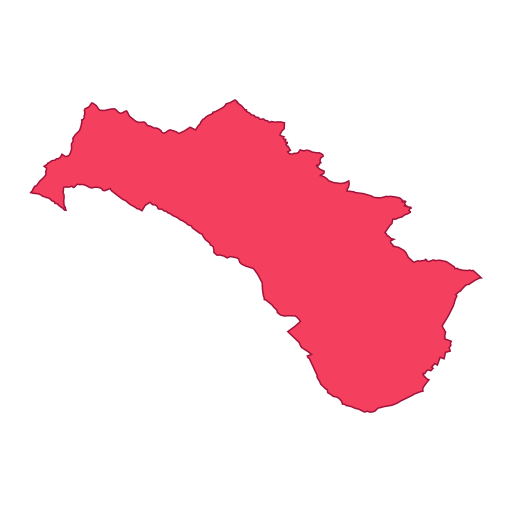 Stremt, Alba, Romania (Equal Earth projection)
{"feature_id": "2599482B49983033782323", "entity_name": "Stremt", "entity_type": "district", "adm_level": 2, "iso_a3": "ROU", "parent_name": "Romania", "parent_adm1": "Alba", "projection": "equal_earth", "projection_center": [23.586, 46.252], "detail": "fine", "context": "isolated", "style": "filled", "palette": "rose", "viewbox_px": 512, "rotation_deg": 0, "n_neighbors": 0, "source": "geoboundaries", "source_scale": "gbopen_adm2", "svg_char_len": 6033}
<svg xmlns="http://www.w3.org/2000/svg" viewBox="0 0 512 512"><path d="M481.3,277.9L473.1,270.4L471.3,270.8L470.1,270.1L467.6,270.5L462.8,270.3L458.0,269.1L457.4,268.4L455.0,268.6L454.2,266.8L446.4,261.6L439.7,260.2L435.4,260.6L433.4,259.9L428.8,261.6L426.8,260.9L426.7,260.0L425.4,259.3L425.0,260.3L418.7,261.2L418.0,260.7L413.8,262.3L408.3,257.4L406.0,252.7L404.0,250.5L398.3,247.2L396.5,247.1L395.0,246.4L393.3,246.5L393.0,245.2L390.7,242.7L390.6,240.8L393.9,239.3L390.9,238.5L388.4,236.0L387.2,235.8L386.3,233.7L385.0,232.6L389.8,225.5L391.9,223.6L392.8,219.1L396.0,219.1L398.0,218.0L402.3,216.8L404.2,215.1L407.9,213.7L410.3,212.3L410.4,211.7L409.0,210.6L409.2,209.5L409.9,208.6L411.1,208.2L411.0,207.5L410.0,207.1L407.2,206.9L406.8,205.9L405.9,206.2L404.6,205.8L405.4,204.8L404.5,203.6L405.7,201.5L404.8,201.0L403.4,201.8L402.6,201.7L403.1,201.4L402.9,200.4L401.9,200.0L400.9,198.7L399.3,197.8L395.6,197.0L390.3,196.3L387.5,196.7L386.7,196.3L380.4,197.9L373.8,197.4L371.5,196.0L363.4,193.6L354.8,192.5L354.2,191.9L349.6,191.2L347.0,191.2L347.3,189.1L348.5,187.2L349.2,183.9L348.8,180.9L345.2,182.7L341.2,183.5L333.6,182.6L328.6,180.7L327.3,179.1L324.0,176.7L322.5,176.4L321.6,175.5L320.2,175.6L320.3,175.2L323.8,173.5L324.2,171.2L319.7,169.1L316.8,166.3L317.0,166.1L316.6,165.5L316.9,165.2L317.2,165.6L317.6,165.3L318.0,165.8L319.5,164.2L319.4,163.4L320.9,162.7L320.2,161.6L320.0,159.9L321.2,157.4L323.1,156.4L323.1,155.4L322.4,154.4L319.5,152.8L317.3,152.9L312.3,152.1L309.4,150.7L307.3,150.2L306.0,150.2L304.0,151.0L300.2,149.9L299.6,150.4L298.6,152.5L296.5,153.3L293.6,153.4L292.9,154.0L291.5,154.2L290.3,153.8L289.4,153.9L287.7,151.8L290.4,150.4L288.0,146.3L287.4,146.6L286.0,144.3L286.3,143.8L286.2,143.2L287.2,143.4L287.3,142.4L286.1,142.2L284.9,141.1L285.9,139.8L285.8,139.5L283.3,138.7L283.5,137.1L283.9,136.8L280.1,135.5L279.9,134.7L282.0,130.9L284.2,128.7L284.5,122.8L280.1,121.8L279.2,122.2L277.8,121.8L275.4,122.2L271.2,121.5L270.2,122.3L269.4,122.3L267.5,120.8L264.6,120.2L264.1,119.3L263.5,118.9L260.4,119.3L259.8,119.1L258.2,117.4L255.4,117.1L254.2,115.4L251.5,115.0L249.8,113.2L246.3,111.4L246.6,110.3L246.4,109.8L244.9,109.7L241.4,105.6L239.0,104.1L238.2,103.0L237.4,103.0L237.1,102.7L237.2,101.6L235.0,99.9L230.0,102.7L226.2,103.8L224.7,106.1L223.3,107.3L215.5,111.6L212.8,112.3L212.8,113.3L210.1,114.8L208.5,115.3L205.7,117.2L204.0,119.0L203.0,119.2L200.7,122.2L200.4,123.5L198.3,125.8L195.5,129.9L190.1,127.2L184.5,130.9L178.9,133.5L175.9,131.6L170.1,129.8L168.2,130.6L165.3,132.7L163.6,133.1L162.9,132.9L161.5,132.1L161.0,130.6L158.2,128.6L156.0,128.0L154.0,128.0L150.8,126.3L147.2,125.4L145.9,123.3L144.5,122.2L143.9,122.0L138.7,122.4L135.8,121.3L129.4,116.2L127.3,111.9L126.5,110.9L125.1,111.3L121.2,113.4L118.8,112.6L115.5,109.3L114.2,108.8L110.5,109.1L104.5,110.5L100.2,110.3L98.4,109.0L96.9,106.4L95.9,105.3L93.0,103.3L91.8,102.9L88.8,107.0L84.9,108.9L84.7,109.4L84.3,110.6L84.8,112.0L84.6,113.6L85.0,114.0L84.1,115.7L84.3,117.4L83.4,119.3L81.7,119.9L81.9,123.2L81.4,123.7L81.2,125.4L79.6,130.5L75.3,134.7L72.8,138.4L73.2,141.0L71.4,144.0L71.6,149.0L70.5,152.7L69.0,155.4L67.1,156.3L65.2,156.5L62.0,154.2L60.6,156.9L58.5,158.7L56.7,158.8L55.9,159.2L55.4,160.0L51.6,160.8L49.3,162.5L47.8,163.1L47.1,164.4L44.1,166.3L46.4,167.9L46.5,169.8L45.6,171.6L46.1,173.8L45.7,175.1L43.4,177.8L39.7,181.2L36.7,185.5L34.4,186.5L33.7,188.4L33.0,188.9L32.8,190.2L30.7,192.6L32.8,193.2L38.7,193.9L41.2,195.1L42.8,196.4L45.3,196.9L46.1,197.6L48.3,197.8L49.6,198.6L51.8,200.7L54.3,201.8L55.0,203.4L57.4,203.7L58.5,205.1L61.8,207.7L63.1,208.2L63.5,209.2L64.9,210.3L66.0,210.2L65.6,209.4L65.3,207.4L64.6,207.1L64.5,205.8L63.8,204.4L64.0,203.4L63.7,201.2L64.1,197.3L63.9,194.6L63.0,192.5L63.5,189.8L63.5,188.0L64.1,187.0L68.8,187.1L71.7,186.3L72.6,186.6L73.2,187.5L74.3,187.2L77.1,184.3L78.1,184.2L78.9,184.6L83.0,184.5L85.8,185.4L89.7,187.5L92.2,188.0L94.2,187.3L97.4,187.2L101.3,188.3L102.8,190.3L104.3,190.7L105.2,190.6L110.2,188.5L111.3,190.6L121.1,198.2L123.1,199.6L125.3,200.4L129.9,204.3L135.3,207.3L136.9,208.6L139.2,209.1L142.0,210.8L145.2,205.4L150.0,202.3L152.7,204.7L155.0,204.9L155.9,205.3L157.4,206.7L158.0,208.4L158.5,209.0L161.9,209.2L164.2,211.0L166.5,211.3L167.4,212.6L170.5,213.8L172.7,215.5L177.0,217.4L180.7,220.1L182.1,220.5L185.8,222.8L188.0,224.8L191.4,225.9L192.4,227.9L199.7,233.2L202.2,234.2L203.3,236.6L205.4,239.6L209.7,243.0L210.4,245.0L212.4,245.9L213.2,246.8L213.9,249.6L213.9,252.5L217.0,255.2L220.0,255.0L221.9,255.5L223.8,256.0L227.2,257.9L229.7,256.7L230.8,256.6L236.7,257.8L238.6,258.8L239.9,262.5L241.8,264.2L245.7,266.1L253.5,268.5L257.9,274.6L262.2,282.9L262.5,289.6L263.2,294.7L264.4,298.7L264.2,299.5L265.7,299.9L271.8,304.7L274.1,307.5L276.6,309.8L277.1,310.9L277.4,312.6L280.4,314.9L284.1,316.0L288.8,315.7L295.0,315.9L296.5,316.8L298.1,318.3L300.5,321.4L294.8,326.5L287.8,331.6L299.1,342.4L301.0,346.7L302.2,347.9L307.8,351.5L311.6,354.4L307.3,356.0L307.8,357.2L309.6,359.0L310.1,360.1L317.4,375.9L317.0,376.4L317.6,378.2L319.2,380.6L320.8,384.2L325.9,389.1L326.6,389.2L327.2,389.8L327.6,390.8L327.5,392.0L327.9,392.7L331.7,395.0L332.5,396.0L334.9,396.8L336.4,396.9L338.8,398.2L341.7,401.4L342.4,404.1L343.9,404.1L345.4,404.7L346.7,405.8L348.0,405.4L348.6,406.0L351.3,406.6L355.4,408.4L358.6,409.1L364.2,411.9L365.0,412.0L367.3,411.2L369.8,412.1L372.2,412.0L374.9,411.1L377.9,408.2L384.1,406.6L391.8,405.3L397.1,403.2L400.7,401.0L412.9,395.0L413.5,394.3L420.7,391.6L422.9,391.3L422.8,387.9L427.3,381.7L429.0,379.9L427.5,379.2L425.5,377.7L424.6,376.4L423.4,375.5L423.1,373.5L424.7,373.7L427.2,370.2L428.6,370.0L430.9,370.7L433.1,368.3L431.6,367.2L434.8,363.5L437.3,365.1L440.1,357.3L444.1,358.8L445.5,352.3L450.2,351.1L449.2,347.5L450.9,345.4L450.4,343.2L451.3,341.3L444.6,338.8L445.0,337.1L444.7,336.3L445.6,332.0L444.8,331.0L444.3,329.6L443.3,328.5L442.2,325.9L448.3,315.9L453.3,306.0L455.5,298.7L456.9,296.0L455.7,294.6L459.0,291.7L460.7,290.9L462.1,288.9L466.0,285.0L469.0,284.3L475.0,280.3L479.4,278.1L481.3,277.9Z" fill="#f43f5e" stroke="#9f1239" stroke-width="1.5"/></svg>